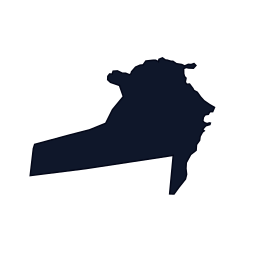 the district of Turtkul, Karakalpakstan, Uzbekistan, rotated 118°
{"feature_id": "79887680B61567760278746", "entity_name": "Turtkul", "entity_type": "district", "adm_level": 2, "iso_a3": "UZB", "parent_name": "Uzbekistan", "parent_adm1": "Karakalpakstan", "projection": "equal_earth", "projection_center": [61.273, 41.464], "detail": "fine", "context": "isolated", "style": "filled", "palette": "ink", "viewbox_px": 256, "rotation_deg": 118, "n_neighbors": 0, "source": "geoboundaries", "source_scale": "gbopen_adm2", "svg_char_len": 1133}
<svg xmlns="http://www.w3.org/2000/svg" viewBox="0 0 256 256"><g transform="rotate(118 128 128)"><path d="M215.9,192.0L183.6,146.1L130.9,75.2L166.6,60.3L164.7,56.4L156.4,55.2L146.1,53.3L141.4,54.5L136.6,57.8L131.2,60.3L122.0,60.2L115.7,57.4L110.5,59.7L105.3,59.0L101.5,60.4L96.6,60.3L94.7,59.4L94.3,61.5L89.6,60.4L86.5,57.3L85.0,57.6L85.3,58.6L87.0,60.2L87.4,63.2L86.6,65.3L83.0,66.5L80.0,66.0L78.2,63.5L75.2,63.4L73.8,60.9L69.2,61.3L69.0,67.0L68.2,73.8L66.5,78.5L63.9,83.7L63.9,87.5L62.7,89.2L60.3,94.3L61.9,96.8L60.5,99.0L56.7,100.2L56.0,102.3L53.9,104.3L49.4,106.8L47.2,105.0L46.6,102.7L44.5,98.3L40.9,97.4L40.1,100.0L42.3,102.0L43.5,104.7L46.6,107.1L46.7,110.3L48.5,115.5L48.0,119.6L48.9,121.4L49.7,125.4L50.4,126.7L49.9,130.5L52.8,132.9L55.1,132.2L55.2,135.4L56.4,137.7L59.6,142.4L60.5,143.7L65.2,144.3L66.8,146.8L70.7,149.9L76.7,151.3L78.6,150.8L80.3,151.6L80.7,155.7L82.3,158.8L82.5,164.1L84.8,167.8L87.9,167.3L88.9,169.6L91.8,170.1L94.9,168.6L95.9,164.9L94.4,155.5L102.4,146.9L119.1,150.3L134.3,149.9L147.7,161.1L161.4,176.1L186.3,202.7L190.6,201.9L215.9,192.0Z" fill="#0f172a" stroke="#020617" stroke-width="1.5"/></g></svg>